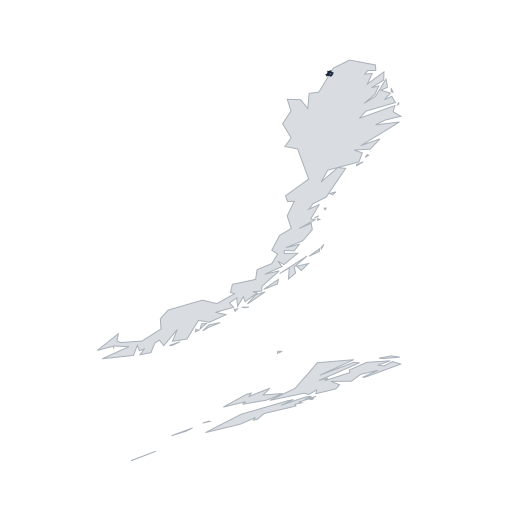 Grimstad nor, Aust-Agder, Norway shown in context, rotated 161°
{"feature_id": "86288312B29149661311008", "entity_name": "Grimstad nor", "entity_type": "district", "adm_level": 2, "iso_a3": "NOR", "parent_name": "Norway", "parent_adm1": "Aust-Agder", "projection": "equal_earth", "projection_center": [8.556, 58.369], "detail": "fine", "context": "in_parent", "style": "filled", "palette": "slate", "viewbox_px": 512, "rotation_deg": 161, "n_neighbors": 0, "source": "geoboundaries", "source_scale": "gbopen_adm2", "svg_char_len": 5813}
<svg xmlns="http://www.w3.org/2000/svg" viewBox="0 0 512 512"><g transform="rotate(161 256 256)"><path d="M308.5,223.7L288.5,227.3L292.0,229.8L287.6,236.9L264.0,234.0L259.4,242.7L243.5,243.7L234.9,250.7L239.2,256.3L226.9,267.8L213.6,270.6L213.5,283.7L202.0,295.3L208.4,297.2L208.5,303.3L181.1,311.6L181.8,343.7L193.0,350.1L184.3,356.3L187.8,372.4L175.7,381.7L175.4,394.0L162.9,389.2L159.0,378.6L152.8,392.4L143.2,390.5L121.7,408.5L103.7,410.8L80.8,397.7L82.4,392.4L89.9,395.0L94.0,392.6L86.7,390.8L94.8,382.3L75.1,388.4L78.0,380.8L92.0,377.6L84.6,376.8L91.0,370.1L104.1,365.1L91.2,368.0L75.5,380.9L76.7,372.7L84.1,372.1L75.8,366.3L83.7,361.9L75.6,362.8L74.2,355.7L104.8,357.2L113.4,352.6L75.7,353.0L79.4,347.8L73.5,340.9L89.7,342.5L100.4,341.1L76.8,336.0L121.0,326.2L100.7,326.4L113.2,319.9L128.8,324.2L121.9,318.9L128.1,311.5L160.3,313.8L170.3,304.8L149.9,313.0L142.7,309.7L170.4,288.9L185.1,286.9L190.8,283.1L179.6,284.0L192.1,273.3L188.4,271.0L206.2,268.0L193.1,269.0L194.2,262.6L206.6,255.3L225.0,254.1L211.2,253.0L218.2,248.5L227.4,251.9L228.6,249.3L215.7,245.0L232.3,238.8L236.9,243.9L234.9,237.5L253.7,235.9L239.0,234.4L260.3,225.4L262.0,221.0L270.6,223.2L266.9,220.7L281.2,216.3L281.2,221.6L289.8,214.4L287.8,222.8L296.3,220.3L293.9,214.8L312.7,215.9L303.5,210.4L321.4,208.5L331.4,213.8L348.4,200.0L362.7,202.5L354.4,212.1L372.4,201.3L374.8,208.0L380.0,206.6L386.8,198.9L397.9,200.4L392.0,204.4L397.1,204.5L397.2,210.2L404.2,201.9L434.9,208.9L405.6,211.6L419.4,217.1L436.7,218.4L411.5,227.3L415.2,220.9L412.0,218.2L391.6,212.7L369.6,217.9L366.9,227.8L356.6,233.5L321.0,231.7L308.5,223.7ZM224.0,104.4L244.1,106.3L242.3,109.6L251.3,107.9L255.2,110.6L290.0,115.0L262.1,118.1L232.7,135.1L197.3,126.1L234.2,122.5L198.3,123.6L192.9,121.3L237.0,117.8L227.7,117.1L231.8,115.7L205.3,115.2L204.9,117.8L186.1,119.4L163.2,113.2L176.3,113.2L170.9,110.4L161.2,111.7L154.4,106.7L192.1,105.9L195.0,106.6L178.0,108.2L195.7,110.0L206.5,106.6L226.0,113.0L218.9,107.0L224.0,104.4ZM267.1,101.2L299.5,104.4L308.0,101.2L311.9,101.6L309.7,103.4L325.5,102.1L361.2,105.5L321.6,111.2L273.1,108.8L267.3,108.0L281.1,106.7L255.2,106.6L249.2,105.3L256.6,104.5L244.8,103.7L262.6,103.9L260.4,102.3L267.6,103.1L267.1,101.2ZM292.9,116.3L317.0,120.2L313.0,121.6L336.1,123.8L310.1,128.3L305.2,127.9L308.2,125.6L285.9,126.5L294.4,122.2L275.6,117.3L292.9,116.3ZM228.4,233.9L239.2,231.7L207.8,239.3L223.5,233.2L224.1,227.0L232.8,223.7L228.4,233.9ZM244.8,222.5L259.6,222.0L242.5,226.6L244.8,222.5ZM259.1,219.1L279.8,213.4L269.1,219.5L259.1,219.1ZM153.1,113.6L169.2,117.6L173.0,119.4L160.3,117.4L153.1,113.6ZM217.9,227.6L220.9,233.1L208.9,231.8L217.9,227.6ZM330.8,202.6L323.0,206.2L311.4,204.7L324.5,204.0L330.8,202.6ZM332.7,205.2L329.6,209.6L324.6,208.4L332.7,205.2ZM194.4,239.8L205.8,238.5L193.5,242.2L194.4,239.8ZM440.1,103.3L414.4,104.0L441.0,103.1L440.1,103.3ZM379.5,113.1L394.6,113.6L371.9,114.1L379.5,113.1ZM355.9,199.7L364.3,198.7L367.2,199.6L355.9,199.7ZM338.1,204.1L336.7,206.4L334.2,204.4L338.1,204.1ZM293.8,210.5L294.0,212.8L290.6,212.0L293.8,210.5ZM267.4,157.0L266.5,158.8L262.3,157.3L267.4,157.0ZM361.0,115.4L354.1,115.2L353.3,114.6L361.0,115.4ZM163.6,288.9L165.9,291.1L159.5,290.6L163.6,288.9ZM279.3,210.0L283.7,210.8L286.3,212.2L279.3,210.0ZM249.3,102.1L252.3,102.9L247.7,102.6L249.3,102.1ZM131.2,309.8L123.8,310.1L131.5,308.7L131.2,309.8ZM120.7,313.7L117.9,315.7L116.7,314.6L120.7,313.7ZM191.7,242.8L187.9,244.8L191.9,241.4L191.7,242.8ZM74.5,367.3L73.6,370.7L73.1,366.2L74.5,367.3ZM185.5,271.5L183.8,269.7L186.0,269.8L185.5,271.5ZM420.8,214.9L420.3,216.8L419.9,216.5L420.8,214.9ZM187.6,273.2L183.5,273.6L188.4,272.7L187.6,273.2ZM175.6,277.2L176.0,279.0L174.0,278.4L175.6,277.2ZM72.9,352.8L71.0,354.9L71.5,353.2L72.9,352.8Z" fill="#d9dde1" stroke="#a8b0b8" stroke-width="1"/><path d="M126.0,405.8L125.9,405.9L126.0,406.0L125.9,406.0L126.0,406.0L125.9,406.1L126.0,406.1L126.0,406.3L126.3,406.4L126.5,406.3L126.4,406.4L126.5,406.4L126.4,406.4L126.5,406.4L126.8,406.3L126.7,406.4L126.8,406.3L127.0,406.4L127.1,406.2L127.2,406.3L127.2,406.2L127.3,406.2L127.2,406.3L127.3,406.3L127.3,406.2L127.5,406.1L127.4,406.1L127.5,406.0L127.4,406.0L127.5,406.0L127.5,405.9L127.4,405.9L127.3,406.0L127.2,406.0L126.9,406.0L127.0,406.0L127.1,405.9L127.3,405.8L127.2,405.8L127.2,405.7L127.3,405.8L127.4,405.7L127.5,405.4L127.4,405.6L127.4,405.8L127.6,405.7L127.8,405.6L127.7,405.6L127.6,405.4L127.7,405.5L127.8,405.6L128.0,405.4L128.1,405.2L128.3,405.0L128.4,404.9L128.4,405.0L128.4,404.9L128.5,404.9L128.6,404.7L128.8,404.5L128.7,404.6L128.6,404.8L128.5,405.0L128.7,404.9L128.8,404.9L128.7,404.9L128.7,405.0L128.8,405.1L129.0,405.0L128.9,404.9L129.0,404.9L129.0,405.0L129.1,404.9L128.9,404.9L129.0,404.9L129.3,404.8L129.3,404.7L129.5,404.6L129.6,404.4L129.7,404.2L129.7,404.3L129.8,404.3L130.0,404.3L129.9,404.2L130.0,404.2L130.3,404.2L130.2,404.0L130.3,404.0L130.4,403.9L130.3,404.0L130.4,403.9L130.5,403.9L130.3,403.9L130.2,403.9L130.2,403.7L130.0,403.8L129.7,403.8L129.5,403.7L129.4,403.6L129.2,403.6L128.7,403.6L128.6,403.4L128.4,403.3L128.3,403.5L128.0,403.7L127.8,403.6L127.7,403.5L127.6,403.4L127.4,403.2L127.3,402.9L127.1,402.6L127.1,402.3L127.0,402.1L126.9,402.1L126.7,402.2L126.4,402.3L126.2,402.3L126.1,402.2L126.0,402.3L125.9,402.4L125.5,402.4L125.3,402.6L125.2,402.7L124.6,403.2L124.5,403.3L124.3,403.5L124.2,403.7L124.0,403.9L124.3,404.0L124.2,404.1L124.3,404.2L124.2,404.3L124.4,404.5L124.7,404.9L124.9,405.0L125.2,405.1L125.6,405.4L125.9,405.5L126.2,405.6L126.3,405.7L126.1,405.7L126.0,405.8ZM126.3,406.4L126.1,406.4L126.0,406.5L126.3,406.5L126.5,406.5L126.4,406.5L126.5,406.5L126.4,406.5L126.3,406.4ZM127.1,406.4L127.1,406.5L126.9,406.5L127.0,406.5L126.9,406.5L127.0,406.6L126.9,406.6L127.0,406.6L127.3,406.6L127.2,406.6L127.3,406.6L127.2,406.5L127.1,406.4L127.1,406.4Z" fill="#64748b" stroke="#1e293b" stroke-width="1.5"/></g></svg>